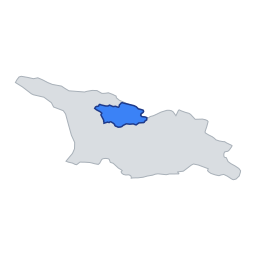 Racha-Lechkhumi-Kvemo Svaneti on a map of Georgia (Robinson projection)
{"feature_id": "GEO-3035", "entity_name": "Racha-Lechkhumi-Kvemo Svaneti", "entity_type": "Region", "adm_level": 1, "iso_a3": "GEO", "parent_name": "Georgia", "parent_adm1": "", "projection": "robinson", "projection_center": [43.138, 42.637], "detail": "fine", "context": "in_parent", "style": "filled", "palette": "blue", "viewbox_px": 256, "rotation_deg": 0, "n_neighbors": 0, "source": "natural_earth", "source_scale": "10m", "svg_char_len": 3029}
<svg xmlns="http://www.w3.org/2000/svg" viewBox="0 0 256 256"><path d="M131.2,178.2L131.3,177.4L131.0,176.2L130.0,175.3L128.5,174.8L125.8,175.0L123.3,174.4L121.5,172.9L121.1,171.7L122.2,170.7L121.4,169.9L118.3,168.0L113.2,163.3L110.3,162.3L109.2,159.3L108.1,158.7L105.6,158.4L103.1,158.7L102.5,159.0L101.7,159.5L99.7,163.2L98.3,164.4L94.9,163.8L92.0,163.0L89.7,162.5L85.2,162.2L80.0,162.1L76.6,164.7L75.1,164.4L72.5,163.1L68.2,162.1L66.0,161.2L72.5,153.4L74.5,148.8L74.6,146.0L74.7,142.5L71.4,135.2L68.5,124.8L65.6,114.0L63.3,110.7L53.6,107.0L51.4,102.7L43.9,97.2L33.5,94.8L31.4,93.8L22.4,86.9L15.4,82.5L16.9,79.8L19.0,77.0L21.2,76.3L27.6,77.4L33.5,78.7L37.8,77.8L42.9,80.0L47.6,82.5L52.3,84.4L61.5,86.1L64.9,88.4L68.9,90.8L84.6,92.0L85.9,91.6L87.0,91.3L92.3,90.4L97.0,90.6L101.9,93.4L105.0,93.3L108.4,92.8L112.7,94.4L116.1,96.1L116.4,97.8L119.4,100.3L128.1,104.1L135.1,106.3L137.3,107.8L142.7,110.3L143.2,111.1L143.1,112.1L141.6,114.0L141.2,115.7L141.9,116.7L144.1,117.6L148.6,117.8L150.1,116.6L153.4,115.7L156.7,114.2L161.0,112.1L166.9,110.3L169.3,110.3L171.6,110.8L173.2,111.9L175.9,115.7L178.5,110.3L179.2,109.9L181.6,111.0L185.9,112.5L188.9,113.3L190.6,114.4L195.2,119.3L202.5,119.1L205.6,119.8L207.3,120.6L208.1,121.6L206.8,126.5L205.1,131.5L205.2,132.8L208.2,134.7L212.2,136.7L214.4,138.3L215.9,139.8L219.1,140.9L222.9,141.6L224.7,141.7L226.5,142.9L231.4,145.2L232.1,145.8L231.3,147.2L229.4,149.9L227.8,151.3L226.1,151.5L224.5,152.1L223.9,153.6L223.8,155.4L224.1,156.8L224.6,157.3L226.3,157.7L228.1,161.6L230.8,163.6L235.0,165.9L238.8,168.4L240.6,170.8L240.3,172.5L239.2,176.0L236.1,179.0L233.5,179.7L232.6,179.5L230.9,178.5L227.4,176.2L223.7,174.4L220.9,175.0L219.0,175.7L215.3,174.9L210.9,173.4L208.6,171.8L207.6,170.7L208.2,168.7L198.3,165.0L193.5,164.0L191.3,165.1L184.1,170.6L183.2,171.2L177.7,171.9L177.7,172.3L178.9,173.5L178.7,173.9L169.3,174.0L166.2,174.7L157.9,173.8L155.2,174.2L152.8,175.1L147.1,176.1L143.2,177.2L138.2,177.8L133.0,177.9L131.2,178.2Z" fill="#d9dde1" stroke="#a8b0b8" stroke-width="1"/><path d="M129.3,104.5L132.5,105.3L133.8,105.6L136.1,106.7L136.6,107.1L138.0,108.6L138.6,109.0L141.8,109.7L142.7,110.1L143.3,110.3L143.6,111.6L142.9,112.6L141.7,113.3L140.8,114.2L140.7,115.4L141.6,116.5L143.1,116.8L144.8,116.9L146.1,117.3L146.9,117.8L146.7,119.9L144.9,121.1L144.2,122.3L143.6,122.6L138.9,122.9L136.1,124.9L135.4,124.7L133.3,123.9L129.8,124.2L126.3,123.8L123.1,125.4L121.9,126.5L120.5,127.0L118.1,127.2L116.5,126.4L115.7,126.2L114.9,125.6L114.5,124.3L112.8,122.9L110.9,121.8L110.1,121.8L109.3,122.5L108.5,122.4L107.6,122.1L104.0,123.2L104.0,122.3L103.7,121.6L103.7,120.5L103.4,119.6L100.9,114.9L101.8,113.2L100.3,111.8L96.5,109.8L94.7,108.4L95.5,107.0L96.6,106.4L97.8,106.3L98.2,106.2L98.6,106.0L98.9,105.2L99.4,104.5L100.2,104.5L101.0,104.9L105.8,106.0L107.7,106.0L108.7,105.7L109.1,105.3L109.5,105.1L113.1,106.6L115.6,106.3L117.7,107.1L118.6,107.2L119.2,106.4L119.3,105.1L120.0,104.4L121.2,103.0L122.3,102.6L122.9,102.9L129.3,104.5Z" fill="#3b82f6" stroke="#1e3a8a" stroke-width="1.5"/></svg>